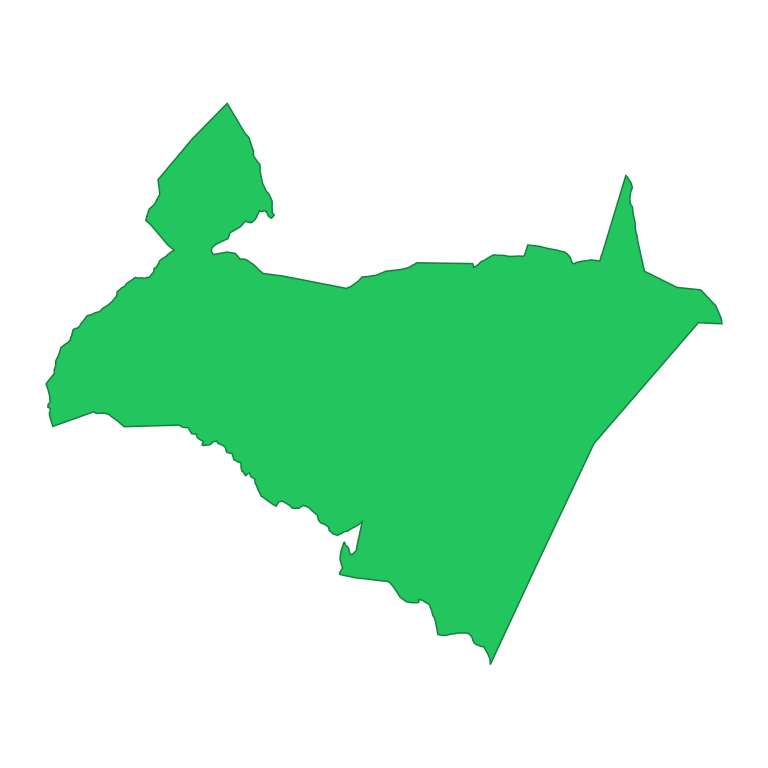 Santo Domingo Ozolotepec, Oaxaca, Mexico (orthographic projection)
{"feature_id": "50627088B93976403698090", "entity_name": "Santo Domingo Ozolotepec", "entity_type": "district", "adm_level": 2, "iso_a3": "MEX", "parent_name": "Mexico", "parent_adm1": "Oaxaca", "projection": "orthographic", "projection_center": [-96.329, 16.176], "detail": "fine", "context": "isolated", "style": "filled", "palette": "green", "viewbox_px": 768, "rotation_deg": 0, "n_neighbors": 0, "source": "geoboundaries", "source_scale": "gbopen_adm2", "svg_char_len": 5251}
<svg xmlns="http://www.w3.org/2000/svg" viewBox="0 0 768 768"><path d="M625.8,175.6L601.8,255.0L601.5,255.0L599.9,261.0L595.0,260.4L590.9,259.9L586.7,260.7L580.4,261.5L576.4,262.5L573.7,263.9L572.0,262.6L571.2,260.3L570.1,257.2L567.4,254.0L564.8,252.1L560.7,251.2L556.1,249.9L548.9,248.7L539.4,246.3L527.8,245.0L526.5,249.0L524.7,254.9L523.4,256.3L519.4,256.0L514.0,256.3L509.0,256.4L503.8,255.4L499.4,255.3L495.8,255.1L494.0,254.7L491.3,256.0L488.1,257.9L483.9,260.5L481.2,261.5L478.9,263.9L477.1,265.4L475.3,266.6L473.6,267.2L472.7,263.6L416.9,262.8L408.1,267.8L400.3,269.6L385.6,271.3L376.5,275.2L368.1,276.5L362.0,277.0L358.2,281.3L351.0,286.4L346.4,288.4L282.7,276.0L263.3,273.5L259.7,270.6L253.6,264.5L250.6,262.6L247.5,260.4L244.0,259.0L240.4,259.3L238.9,257.6L237.1,255.5L235.0,253.3L230.9,252.7L226.7,252.0L223.1,252.9L218.0,253.6L216.2,254.1L213.3,254.5L211.1,251.0L212.2,247.5L216.0,244.3L222.4,241.1L228.1,238.6L230.1,232.7L235.5,229.7L240.8,226.5L244.2,222.4L245.6,221.1L247.9,222.2L251.5,222.7L254.8,219.8L256.6,217.3L257.0,215.1L258.1,214.1L259.2,211.4L259.9,210.7L260.9,211.5L265.1,210.7L267.3,213.3L268.2,215.9L271.1,218.2L272.0,217.8L274.2,215.2L272.1,212.1L272.3,210.2L272.0,206.9L272.3,203.4L272.0,200.7L271.0,198.6L269.1,194.2L267.0,192.0L265.6,190.0L264.8,187.7L263.0,184.6L261.8,179.8L261.2,177.0L260.1,170.5L260.1,167.1L259.9,164.7L257.4,161.5L254.3,157.1L253.4,154.9L253.5,150.7L252.2,147.6L251.1,144.2L249.9,140.7L249.0,137.8L247.6,136.0L245.4,133.9L242.2,128.6L239.8,124.6L227.2,103.4L192.5,138.6L158.0,179.7L159.4,190.2L159.8,194.3L154.0,204.9L149.1,209.1L145.7,220.4L149.0,223.2L151.0,225.1L161.7,237.7L167.6,244.8L174.0,250.1L172.8,251.1L171.5,251.7L169.2,253.5L167.6,254.6L166.9,255.6L166.2,256.3L162.3,258.7L159.4,261.1L158.5,263.4L157.8,264.7L156.7,266.7L155.8,267.5L154.5,268.1L154.0,269.0L153.9,270.7L153.5,272.3L151.1,274.8L150.1,276.3L149.5,277.3L149.0,277.3L146.9,277.4L145.0,278.3L141.9,277.9L137.7,278.1L135.5,277.4L132.4,279.6L128.4,282.2L126.8,283.3L125.1,285.7L123.8,286.8L121.8,287.7L117.1,292.0L117.0,294.4L116.3,296.5L112.0,301.6L110.4,302.9L108.6,304.7L102.5,308.5L99.7,311.6L95.4,312.7L92.8,314.0L91.6,314.6L87.3,315.6L85.5,317.8L84.0,320.2L81.0,323.6L79.3,326.7L76.7,328.4L75.3,328.4L73.1,329.8L72.6,332.1L72.0,333.5L71.9,335.2L70.7,337.5L70.4,339.7L68.0,342.6L65.3,344.1L60.9,347.6L59.6,352.2L58.0,356.4L55.7,360.9L55.7,365.9L54.2,369.6L54.3,373.8L52.6,375.5L49.3,379.7L46.2,383.7L46.1,384.3L46.8,386.0L48.1,389.9L49.7,396.2L49.8,398.7L50.1,401.4L49.8,402.3L49.3,403.1L48.6,403.9L48.1,404.4L47.9,407.3L48.2,407.6L48.6,407.6L49.0,407.4L50.0,408.5L50.3,410.3L50.0,411.8L49.4,412.8L49.3,413.5L50.2,417.8L51.7,422.8L52.9,426.4L93.4,411.9L96.6,413.5L100.2,413.2L105.3,413.3L109.2,414.7L111.8,416.9L115.4,419.3L118.0,421.3L121.2,424.2L124.2,426.7L179.2,425.1L181.8,426.8L183.8,427.5L186.0,427.5L188.2,427.7L189.5,430.0L190.0,430.8L191.6,433.6L194.1,434.0L196.2,434.1L197.3,437.6L199.6,439.4L203.3,441.5L202.0,444.8L203.7,445.6L207.8,444.8L209.3,444.9L211.5,443.6L212.7,442.1L216.7,441.0L218.0,443.4L222.2,445.1L225.0,446.9L225.7,448.7L226.1,450.9L226.9,452.3L232.2,453.7L232.7,455.6L233.2,457.3L234.0,459.9L236.2,460.9L238.4,462.2L239.9,462.2L241.1,463.3L241.0,466.0L241.2,468.5L242.0,471.2L243.9,472.4L244.2,474.1L245.8,475.7L247.6,473.7L249.6,473.0L250.1,474.6L250.9,476.7L255.0,479.3L255.0,482.9L256.3,485.1L257.0,486.8L258.0,489.8L259.3,492.1L260.0,493.9L261.3,496.3L263.6,497.5L266.8,500.1L272.1,503.9L276.1,506.2L278.1,503.1L278.8,501.7L282.7,501.3L289.2,505.1L292.3,508.1L295.0,508.3L298.6,508.3L303.3,505.4L308.5,507.3L312.7,511.4L317.4,515.2L318.3,519.7L320.1,522.3L321.8,523.4L325.2,524.5L328.5,527.1L329.2,530.4L332.9,533.9L337.3,535.3L341.4,533.5L344.2,531.8L347.6,531.1L351.3,528.7L357.2,525.6L362.2,521.8L357.4,544.1L356.2,550.8L355.2,551.7L354.0,552.7L353.0,554.0L351.6,554.5L350.5,554.5L349.6,553.0L349.4,551.3L348.9,549.3L348.1,547.7L347.1,546.2L346.1,545.9L345.3,544.6L345.0,543.0L344.3,542.2L343.6,542.9L343.1,545.1L342.0,547.9L341.4,550.0L340.9,551.9L340.4,554.6L340.2,557.1L340.1,559.8L341.0,562.7L341.5,565.0L342.2,566.5L342.6,568.0L341.8,569.3L341.5,569.8L340.9,570.7L340.4,571.5L340.0,572.3L339.4,573.5L340.0,574.5L346.7,576.0L357.3,578.1L367.1,579.0L376.0,580.2L384.4,581.1L386.7,581.2L389.3,582.1L392.4,585.5L397.0,592.1L400.1,597.2L406.1,601.6L410.4,602.6L414.9,602.8L418.6,602.5L419.2,599.4L422.5,600.4L429.6,604.8L430.3,607.4L431.5,610.1L432.2,613.0L432.9,615.6L434.6,618.3L435.5,621.8L436.2,625.5L436.7,627.9L437.9,634.5L442.1,635.3L445.7,635.4L450.4,634.3L454.8,633.6L459.4,632.9L465.0,633.0L467.9,633.3L470.0,634.8L472.1,637.5L472.9,640.3L474.2,643.0L476.1,644.5L478.8,645.5L481.0,646.6L483.7,646.6L485.1,649.1L486.5,651.7L487.9,653.9L488.9,656.4L489.8,658.7L490.2,661.8L490.3,664.6L535.7,566.9L594.0,443.5L698.4,322.7L721.9,323.8L721.3,318.6L715.8,305.8L706.5,296.0L700.9,289.9L677.0,287.4L644.4,271.2L637.6,240.2L637.1,236.2L636.1,232.5L635.2,228.0L635.2,223.8L634.5,219.6L633.8,216.9L633.4,214.6L632.7,209.8L632.3,206.5L630.6,204.4L630.1,201.6L629.8,199.2L630.3,195.4L630.6,192.6L631.2,190.6L632.0,188.9L632.3,187.1L631.8,185.3L631.3,183.6L630.8,182.5L629.8,180.9L628.5,179.3L627.7,177.4L627.0,176.6L625.8,175.6Z" fill="#22c55e" stroke="#15803d" stroke-width="1.5"/></svg>